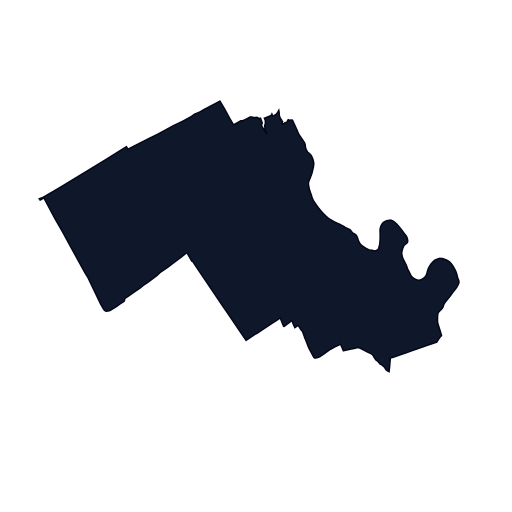 outline of Isvoarele, Giurgiu, Romania, rotated 68°
{"feature_id": "2599482B48168115040378", "entity_name": "Isvoarele", "entity_type": "district", "adm_level": 2, "iso_a3": "ROU", "parent_name": "Romania", "parent_adm1": "Giurgiu", "projection": "natural_earth1", "projection_center": [26.306, 44.155], "detail": "fine", "context": "isolated", "style": "filled", "palette": "ink", "viewbox_px": 512, "rotation_deg": 68, "n_neighbors": 0, "source": "geoboundaries", "source_scale": "gbopen_adm2", "svg_char_len": 6082}
<svg xmlns="http://www.w3.org/2000/svg" viewBox="0 0 512 512"><g transform="rotate(68 256 256)"><path d="M330.5,296.8L330.1,294.8L328.1,285.5L328.2,284.6L326.4,276.0L324.1,264.8L323.6,261.8L322.5,256.7L328.5,256.8L331.6,256.7L331.8,256.2L329.5,247.4L329.7,246.9L330.7,246.9L333.0,247.0L337.0,246.8L336.2,243.5L336.3,242.9L338.4,242.4L339.4,242.3L341.7,241.8L342.7,241.3L344.1,241.2L348.1,241.3L350.5,241.5L351.6,241.4L354.4,241.4L359.2,241.5L360.9,241.5L369.6,240.6L371.7,240.3L372.3,240.0L372.8,239.5L373.3,236.5L373.3,234.9L372.7,231.7L372.0,228.6L370.3,221.9L370.4,221.3L370.1,219.2L369.8,216.8L369.5,210.6L376.6,210.5L377.9,202.6L378.1,201.8L378.3,200.8L378.6,199.0L378.8,197.2L378.9,196.8L379.2,195.8L379.4,195.3L379.7,194.9L380.6,193.9L381.4,193.2L384.4,190.6L385.7,189.6L389.7,185.9L390.7,185.2L391.2,184.9L392.3,184.7L394.8,184.3L395.9,184.1L397.7,183.6L398.1,183.3L398.4,183.0L399.1,182.6L399.6,182.4L401.0,182.0L401.4,181.7L401.8,181.6L402.4,181.6L403.3,180.8L404.2,180.1L404.8,179.7L405.3,179.4L405.8,179.3L405.9,179.0L407.7,178.5L410.3,178.0L411.7,177.1L412.3,176.7L412.7,176.3L413.1,175.9L411.5,175.1L408.6,173.5L404.9,171.7L400.8,169.5L401.3,167.1L401.7,158.8L401.9,154.1L402.0,153.2L402.2,147.2L402.3,145.2L402.4,143.1L402.5,141.6L402.6,138.6L402.7,137.0L402.9,132.7L403.0,130.2L403.2,127.5L403.4,124.4L403.4,123.6L403.6,120.8L402.4,119.0L401.4,117.7L400.4,116.1L399.8,115.0L399.3,113.8L394.6,113.3L391.7,113.1L389.5,112.9L386.9,112.7L385.4,112.4L385.1,112.3L383.1,111.6L382.0,111.1L380.1,110.3L378.7,109.6L377.6,109.0L377.5,108.9L377.3,108.9L376.5,107.8L376.2,107.0L375.6,105.9L374.8,103.9L374.6,103.5L374.1,102.7L373.6,102.0L372.8,101.2L372.1,100.7L371.1,99.8L369.9,98.2L365.7,90.7L363.6,87.4L360.9,82.7L360.0,81.3L357.9,78.9L357.1,78.1L356.2,77.6L355.3,77.3L354.3,77.2L352.9,77.2L351.9,77.2L348.4,76.7L347.4,76.6L346.5,76.6L345.6,76.5L343.4,76.6L341.7,76.8L339.5,77.1L337.7,77.5L335.8,78.0L334.4,78.6L333.3,79.1L332.3,79.9L331.1,80.8L329.4,82.7L328.4,83.7L328.0,84.5L327.2,86.0L327.0,86.5L326.8,88.6L326.8,91.1L327.0,92.4L327.6,93.9L328.3,95.4L329.0,96.8L329.9,98.1L330.8,99.3L331.6,100.3L332.7,101.4L334.0,102.5L335.2,103.4L336.1,104.0L336.8,104.6L337.2,105.0L338.3,106.3L338.7,107.1L339.2,108.3L339.5,109.5L339.7,110.4L339.8,111.5L339.8,112.3L339.6,113.6L339.5,114.1L338.8,115.3L338.2,116.0L337.4,116.8L336.2,117.8L335.3,118.4L334.2,119.0L332.9,119.5L330.9,119.8L328.3,119.9L325.2,120.3L323.6,120.2L320.7,120.1L319.5,120.2L318.1,120.3L314.8,120.6L312.5,120.7L311.3,120.6L308.9,120.1L308.1,119.9L307.5,119.7L306.3,118.9L305.3,118.2L303.8,117.0L302.9,116.1L301.9,115.1L301.6,114.6L301.3,113.9L300.8,112.2L300.4,110.9L299.9,110.4L299.7,110.2L299.2,109.8L298.6,109.6L298.0,109.4L296.6,109.2L295.8,109.1L294.9,109.1L293.6,109.2L290.4,110.2L287.1,111.0L282.4,112.4L279.3,113.5L277.6,114.3L275.4,115.5L273.7,117.0L273.0,118.0L272.8,119.4L272.3,121.1L272.3,123.2L272.6,125.4L273.7,127.4L275.2,129.1L277.4,130.8L278.4,131.3L283.0,133.0L286.6,134.5L291.0,136.6L292.0,137.3L294.9,139.5L295.5,140.1L295.8,141.0L296.0,142.5L295.9,143.4L295.6,144.2L295.4,144.8L294.9,145.3L294.6,145.6L294.2,146.1L293.1,148.5L292.3,149.2L290.4,150.9L288.8,152.1L286.3,153.7L285.6,154.1L284.6,154.6L283.3,155.0L281.5,155.2L279.8,155.3L278.8,155.2L277.5,155.1L275.2,155.1L273.8,155.5L272.6,156.2L271.4,157.3L270.6,157.8L269.4,158.2L268.5,158.5L267.6,158.6L266.7,159.1L265.7,160.0L262.9,162.6L261.5,163.5L260.2,164.6L259.4,165.3L257.7,166.7L256.4,168.1L253.2,171.0L251.0,172.6L248.6,174.5L245.5,176.1L241.6,177.8L238.0,179.1L234.3,180.2L229.7,181.3L226.3,182.0L224.1,182.1L222.3,182.1L221.3,182.0L220.0,181.8L217.9,181.8L216.6,181.7L213.9,181.5L210.8,180.9L208.7,180.4L206.8,179.3L205.3,177.8L202.2,174.9L200.3,173.2L195.1,169.5L192.4,168.0L190.6,167.4L187.9,167.0L185.1,167.0L183.3,167.2L181.7,167.8L180.1,168.6L179.2,169.2L176.2,169.6L174.4,169.5L172.5,169.1L170.8,168.6L169.3,168.6L168.1,168.8L159.7,170.6L157.3,170.8L154.6,170.8L143.9,171.3L143.5,171.5L143.1,172.5L142.6,174.0L142.9,174.4L143.0,174.7L142.8,174.8L142.5,174.9L142.0,174.8L141.8,174.9L141.7,175.0L142.0,175.6L142.5,176.1L142.8,176.5L143.0,176.7L143.2,176.9L143.7,177.1L143.8,177.3L143.9,177.5L143.7,177.9L143.5,178.2L143.3,178.7L143.3,179.1L143.5,179.8L143.7,180.1L143.8,180.5L143.5,181.6L143.5,182.2L143.1,182.0L142.6,181.8L142.2,181.6L141.7,181.2L141.4,181.0L141.1,181.1L140.5,181.3L139.4,181.4L138.7,181.5L138.0,181.7L136.7,181.9L135.2,181.8L134.3,181.7L132.6,181.1L130.9,180.6L129.5,180.3L130.9,182.1L131.6,183.1L132.0,183.9L132.3,184.9L132.5,186.5L132.8,187.3L132.7,187.7L132.1,188.1L130.3,188.1L131.3,189.3L131.4,190.2L131.4,193.8L131.4,196.6L133.0,196.6L133.8,196.6L134.5,196.8L135.0,197.1L136.7,197.7L137.3,198.1L137.9,198.8L138.5,199.2L139.0,199.4L139.8,199.5L140.7,199.7L142.8,200.4L143.1,200.4L144.1,200.3L145.0,200.2L146.1,200.1L145.9,200.6L144.4,200.8L143.8,201.0L141.6,201.1L141.0,201.2L140.4,201.5L138.5,201.9L137.9,201.9L137.5,201.9L137.1,202.0L136.1,201.5L135.8,201.2L135.7,200.9L135.2,200.5L134.7,200.4L133.8,200.3L129.9,200.2L129.6,202.2L128.8,202.3L128.4,202.5L128.1,202.8L127.7,203.4L127.3,204.8L127.2,205.3L126.7,206.2L125.7,207.7L125.2,208.5L124.9,209.3L125.0,209.9L125.4,213.8L125.6,216.6L125.4,218.3L125.0,219.2L124.9,219.5L125.7,225.3L125.9,227.7L118.9,228.8L108.1,230.0L98.9,231.4L100.7,249.4L101.4,253.8L101.5,257.2L101.5,260.1L102.4,263.4L103.6,273.5L104.2,283.5L106.3,301.8L106.9,310.8L109.0,334.8L106.1,335.2L110.6,360.7L119.2,413.2L121.1,426.3L121.9,431.8L121.7,435.5L123.3,435.2L122.7,430.9L146.2,428.4L162.1,426.2L177.9,424.4L207.3,420.9L213.0,419.9L225.9,419.1L242.0,418.1L247.8,417.3L249.1,417.0L250.1,416.5L250.8,416.0L251.1,415.4L251.3,415.0L251.6,413.5L251.9,412.0L250.9,406.0L250.5,404.0L249.4,399.6L248.7,395.6L248.2,394.9L247.6,394.4L246.6,393.8L246.3,393.4L246.1,392.8L245.3,388.8L243.9,383.0L242.2,375.1L240.9,371.2L240.4,368.4L239.4,364.1L237.6,357.5L237.0,355.2L235.4,351.2L233.3,341.7L231.8,336.3L228.9,325.3L226.9,318.8L236.6,317.5L236.5,316.9L243.9,315.4L289.1,305.8L294.9,304.5L297.5,303.9L323.2,298.4L330.5,296.8Z" fill="#0f172a" stroke="#020617" stroke-width="1.5"/></g></svg>